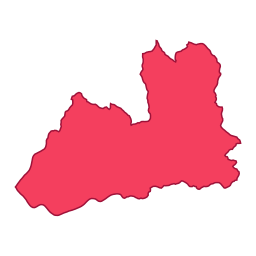 Formiga, Minas Gerais, Brazil (Albers equal-area conic projection)
{"feature_id": "56859067B14486688902799", "entity_name": "Formiga", "entity_type": "district", "adm_level": 2, "iso_a3": "BRA", "parent_name": "Brazil", "parent_adm1": "Minas Gerais", "projection": "albers", "projection_center": [-45.505, -20.525], "detail": "fine", "context": "isolated", "style": "filled", "palette": "rose", "viewbox_px": 256, "rotation_deg": 0, "n_neighbors": 0, "source": "geoboundaries", "source_scale": "gbopen_adm2", "svg_char_len": 5845}
<svg xmlns="http://www.w3.org/2000/svg" viewBox="0 0 256 256"><path d="M140.2,74.2L141.3,75.8L142.2,77.5L142.6,79.3L143.3,81.3L144.2,82.7L145.3,83.6L145.8,84.8L146.4,87.8L146.8,89.3L147.4,90.4L148.2,91.3L148.1,92.7L147.6,94.5L147.3,96.4L147.1,98.3L147.6,99.5L147.9,100.8L147.9,102.3L148.5,103.8L148.9,105.6L149.1,107.7L148.6,109.0L148.4,110.7L149.0,112.4L150.2,113.7L150.5,115.1L150.5,116.9L150.4,118.4L149.6,119.9L148.4,121.2L146.6,121.5L144.7,121.6L143.1,121.5L141.5,121.6L140.3,122.3L139.2,123.0L138.0,122.7L136.9,123.3L135.9,123.8L134.6,124.1L133.0,124.2L131.2,125.2L130.8,124.0L131.3,121.7L131.1,120.0L130.7,118.6L130.0,117.2L129.3,115.8L127.9,115.2L127.1,114.2L125.9,113.1L124.6,112.2L123.5,110.9L122.2,109.8L120.8,108.3L118.8,107.5L116.9,106.7L115.2,105.3L114.0,104.6L111.8,104.3L110.6,103.6L110.4,105.5L110.5,107.2L110.1,108.6L109.2,109.4L108.0,108.5L106.5,107.0L104.7,107.4L103.2,108.5L101.7,108.3L99.4,107.6L97.9,106.3L96.7,105.1L95.4,104.3L93.9,104.4L92.6,104.3L91.1,103.9L89.4,102.9L88.2,102.0L86.9,101.6L86.5,99.6L84.0,98.2L82.9,97.0L81.9,95.5L81.5,93.8L80.3,92.9L79.0,92.5L77.9,92.9L76.9,93.4L75.8,94.2L74.4,95.7L72.3,96.3L71.7,98.0L71.3,99.3L72.7,99.9L72.8,101.9L72.8,103.4L72.4,104.9L70.9,106.4L69.6,108.0L68.9,109.3L68.2,110.2L67.3,110.9L66.2,111.2L65.3,112.1L64.9,114.6L64.7,116.1L63.5,117.5L62.3,118.7L61.1,120.4L61.2,122.3L60.8,124.5L61.3,126.5L59.8,130.7L58.8,131.7L56.2,130.5L54.5,130.4L53.5,130.9L52.2,130.8L51.0,131.2L49.9,132.5L49.0,133.5L48.5,134.8L48.2,136.2L48.0,137.8L47.1,138.9L46.4,140.4L46.4,143.9L46.0,145.7L45.6,147.1L44.5,148.9L40.6,151.3L38.0,152.6L36.5,153.4L35.0,154.1L33.7,155.5L32.9,157.0L32.5,158.5L32.2,160.3L31.9,161.8L31.6,163.3L31.2,165.3L30.6,167.2L30.0,168.7L29.3,170.2L28.1,171.7L27.0,172.9L25.8,174.1L24.6,175.1L23.8,176.1L22.8,177.4L21.8,178.6L20.5,180.0L19.4,181.5L17.4,184.2L16.5,185.6L15.4,187.0L16.3,188.2L17.2,190.0L18.3,191.4L19.2,192.3L20.4,193.7L23.2,196.1L24.5,197.7L26.2,199.8L26.9,201.1L27.5,202.1L28.4,203.4L29.2,204.5L30.1,205.6L31.3,206.7L32.9,207.5L34.6,207.6L35.8,207.1L37.1,206.4L38.3,205.6L39.7,204.9L40.8,204.6L41.9,204.6L43.4,204.9L44.9,206.0L45.9,207.1L47.0,208.4L48.4,210.2L49.9,211.9L51.1,212.9L54.2,215.0L55.6,215.3L57.8,215.4L59.0,215.1L62.2,213.7L63.7,213.0L67.2,211.8L68.7,211.1L70.5,210.6L72.3,210.1L73.6,209.6L75.1,209.1L76.7,208.4L78.6,207.6L80.2,206.9L81.3,206.3L82.2,205.7L83.2,205.0L84.4,204.0L86.3,202.0L87.7,200.6L89.2,199.4L90.4,198.8L91.5,198.5L93.5,198.6L95.5,199.0L97.0,200.1L98.4,201.1L100.2,201.5L101.6,201.2L103.9,199.8L105.2,199.0L106.3,198.2L107.3,197.4L108.6,196.5L110.0,195.6L111.6,194.8L113.5,194.3L117.0,193.8L118.8,194.0L120.3,194.4L121.2,195.2L122.0,196.5L123.0,197.7L124.3,198.2L125.7,197.7L126.7,196.8L127.9,196.9L129.3,196.3L130.7,195.9L132.3,196.1L134.2,196.5L135.3,197.3L136.7,197.9L138.0,198.6L139.4,198.8L141.0,198.1L142.2,198.6L143.7,198.4L145.3,197.9L147.0,196.9L148.2,195.2L148.1,193.4L148.7,192.1L150.2,191.4L150.5,190.0L150.2,188.1L151.4,187.4L153.0,186.4L154.5,186.3L155.7,186.3L157.5,186.8L159.4,187.7L161.3,188.1L162.7,186.9L163.8,185.6L165.5,185.7L167.2,185.6L169.0,185.4L170.5,184.6L171.7,184.2L172.8,184.0L174.1,183.6L175.3,184.2L176.7,183.7L178.1,183.4L179.4,182.8L181.5,180.9L182.9,181.1L184.1,181.7L185.4,182.4L186.9,183.4L187.9,184.3L188.6,185.4L189.6,186.4L190.9,186.6L192.2,186.6L193.4,185.7L194.9,186.5L196.2,186.6L196.5,187.8L197.6,188.9L199.1,189.3L200.4,188.7L201.4,187.6L202.7,187.1L203.7,186.4L205.9,186.6L207.8,186.3L209.1,185.6L210.0,184.7L211.1,184.0L213.0,183.7L214.6,182.8L216.1,182.6L217.9,182.6L219.3,182.7L220.3,183.5L221.2,184.3L222.1,185.5L223.1,186.6L223.9,187.7L225.0,188.1L226.4,187.6L227.8,186.9L229.1,186.3L230.3,185.3L231.2,183.3L232.6,181.7L234.1,181.3L234.9,180.4L236.9,180.0L236.9,178.7L237.6,177.2L238.7,175.4L239.2,173.8L239.0,171.9L237.8,170.9L236.8,169.1L234.8,168.5L233.6,167.5L232.8,166.5L233.5,165.5L234.6,164.8L235.5,163.9L236.5,162.4L236.1,161.0L234.6,160.6L233.1,160.1L231.7,160.5L230.3,160.2L229.3,159.7L228.2,159.4L227.8,157.8L227.2,156.7L225.7,156.5L224.9,155.5L225.6,154.2L228.1,151.8L229.3,150.0L230.9,149.3L232.4,149.3L233.1,148.1L234.3,146.7L235.8,145.6L236.2,143.9L237.3,143.4L239.0,143.4L240.6,143.2L240.3,141.7L239.7,140.1L238.6,139.3L237.7,138.5L236.8,137.1L231.0,135.4L229.7,134.6L228.6,133.5L226.5,132.0L225.4,131.0L224.3,130.0L223.3,129.3L222.3,128.3L221.2,127.1L220.6,125.5L221.1,124.1L221.9,122.4L222.7,120.8L222.7,118.7L222.1,117.7L221.7,115.8L221.4,114.0L221.7,112.4L222.4,110.4L222.5,108.7L222.1,107.1L221.0,107.1L219.7,107.0L218.4,106.6L216.8,105.3L216.4,103.5L214.9,102.5L215.6,101.1L216.3,99.6L216.3,98.0L215.5,96.9L216.0,95.5L215.6,94.1L215.0,93.0L214.2,92.2L213.9,90.8L214.3,89.4L215.2,87.7L216.1,86.4L217.1,84.8L217.6,83.0L217.6,81.5L218.0,79.8L218.5,78.2L219.2,76.8L220.1,75.7L220.7,74.5L220.6,73.3L219.6,72.8L219.3,71.4L219.5,69.9L219.8,68.1L220.3,66.7L220.2,65.1L219.7,64.1L218.8,63.2L217.3,62.2L216.8,60.7L216.7,59.0L215.4,57.2L214.2,55.8L213.1,55.5L212.0,54.7L211.0,53.4L210.3,51.2L209.3,49.9L208.0,48.8L206.7,47.3L205.6,45.9L204.6,45.0L203.7,44.2L202.3,43.6L200.6,43.6L197.7,44.2L196.3,44.7L193.9,44.1L191.2,42.8L190.1,42.5L188.8,42.1L188.3,43.9L186.8,44.9L187.5,46.6L186.6,47.7L184.2,49.3L183.1,49.6L182.2,50.2L181.1,51.2L177.4,52.1L176.2,52.9L175.6,54.4L175.3,56.1L175.2,57.7L175.2,59.3L176.0,60.5L175.6,61.9L174.0,61.1L172.6,59.9L171.6,59.3L170.6,58.8L169.4,57.8L168.2,56.4L167.0,55.7L165.0,54.5L164.7,53.1L163.8,52.1L162.6,51.4L161.8,50.5L161.4,49.1L160.5,47.9L159.3,46.5L158.8,44.8L158.4,43.4L157.6,42.3L157.3,41.0L156.2,40.6L156.2,43.6L156.2,45.1L155.3,46.4L154.6,47.7L154.0,48.8L153.2,49.7L152.3,50.9L150.8,51.5L149.0,51.7L146.5,52.3L144.4,53.5L142.7,53.7L142.6,56.9L143.2,59.2L143.2,62.0L142.8,63.6L142.2,65.0L142.2,66.5L142.6,67.7L143.0,69.1L142.5,70.3L141.6,71.3L140.9,72.6L140.2,74.2Z" fill="#f43f5e" stroke="#9f1239" stroke-width="1.5"/></svg>